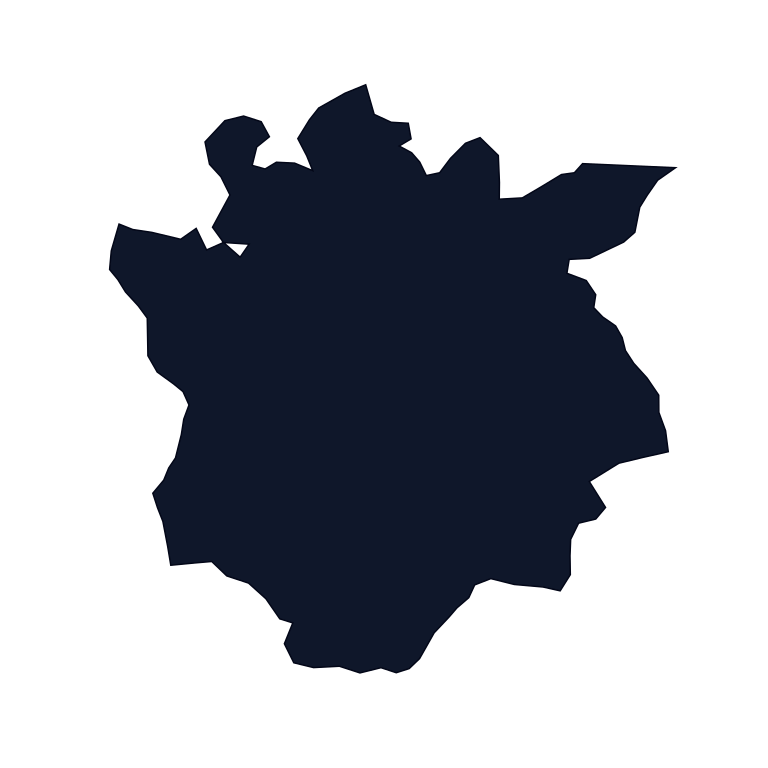 Cerquilho, São Paulo, Brazil (Albers equal-area conic projection), rotated 100°
{"feature_id": "56859067B20358363465828", "entity_name": "Cerquilho", "entity_type": "district", "adm_level": 2, "iso_a3": "BRA", "parent_name": "Brazil", "parent_adm1": "São Paulo", "projection": "albers", "projection_center": [-47.765, -23.188], "detail": "fine", "context": "isolated", "style": "filled", "palette": "ink", "viewbox_px": 768, "rotation_deg": 100, "n_neighbors": 0, "source": "geoboundaries", "source_scale": "gbopen_adm2", "svg_char_len": 1765}
<svg xmlns="http://www.w3.org/2000/svg" viewBox="0 0 768 768"><g transform="rotate(100 384 384)"><path d="M600.3,505.5L603.6,482.8L616.0,463.0L633.4,445.8L635.1,432.3L657.1,437.0L674.2,424.4L675.5,404.1L669.7,378.9L672.7,357.5L663.9,337.7L666.2,321.8L659.9,309.8L648.3,301.3L634.2,296.3L620.3,291.4L602.4,279.6L591.8,273.3L579.7,263.4L566.1,259.8L557.1,245.0L558.8,220.9L556.3,192.1L557.1,174.6L539.4,167.4L520.8,171.0L504.6,173.2L487.3,168.2L480.2,152.0L467.1,144.4L444.4,164.9L421.2,138.9L411.6,116.9L401.3,92.3L381.1,98.6L364.2,108.4L347.3,111.5L332.4,126.0L320.3,141.6L309.2,152.0L296.9,157.5L286.6,166.0L280.0,180.3L272.4,190.7L259.3,191.0L247.0,202.8L243.2,223.1L229.1,223.3L224.5,203.3L202.6,172.6L191.0,163.3L165.5,162.8L152.2,157.5L135.8,149.9L120.4,134.5L132.5,226.7L142.9,233.2L146.9,245.6L162.5,263.4L176.7,280.1L182.0,302.6L165.6,305.3L139.1,311.1L124.7,332.2L132.8,345.6L150.2,357.7L166.3,365.9L171.4,378.5L159.3,387.3L151.5,396.9L147.0,410.4L137.9,399.9L123.0,405.4L125.0,422.4L120.2,440.5L92.5,454.0L104.4,472.9L123.5,496.2L136.7,503.3L157.3,511.5L172.7,499.7L186.3,491.2L182.0,510.4L184.3,528.5L192.9,538.4L191.6,551.8L172.7,550.5L160.4,539.8L147.0,550.5L144.5,568.8L152.3,586.4L176.7,602.3L197.9,594.0L208.2,580.6L224.6,568.5L240.2,573.7L259.4,580.1L272.5,566.6L282.8,582.0L263.4,596.0L276.8,609.4L275.0,639.0L275.5,658.2L272.5,672.7L300.2,675.7L318.9,674.1L327.4,664.2L338.2,654.6L349.8,639.5L360.2,628.6L378.6,625.0L397.2,621.4L411.6,609.4L420.4,591.3L426.4,580.6L438.5,572.4L453.4,575.1L469.0,574.8L493.0,576.5L504.0,581.4L516.9,584.2L531.7,592.7L545.1,585.6L557.7,577.9L581.6,568.8L599.5,562.5L593.0,539.0L588.7,522.8L600.3,505.5ZM272.5,566.6L269.7,541.1L284.1,547.7L272.5,566.6Z" fill="#0f172a" stroke="#020617" stroke-width="1.5"/></g></svg>